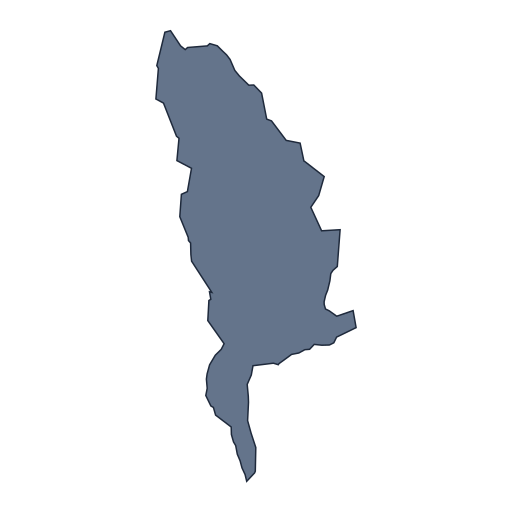 Ibesikpo Asutan, Akwa Ibom, Nigeria
{"feature_id": "59680162B22561739962750", "entity_name": "Ibesikpo Asutan", "entity_type": "district", "adm_level": 2, "iso_a3": "NGA", "parent_name": "Nigeria", "parent_adm1": "Akwa Ibom", "projection": "equal_earth", "projection_center": [7.957, 4.894], "detail": "fine", "context": "isolated", "style": "filled", "palette": "slate", "viewbox_px": 512, "rotation_deg": 0, "n_neighbors": 0, "source": "geoboundaries", "source_scale": "gbopen_adm2", "svg_char_len": 1373}
<svg xmlns="http://www.w3.org/2000/svg" viewBox="0 0 512 512"><path d="M278.3,364.7L278.9,363.7L291.6,354.4L298.8,353.0L304.8,349.7L309.6,349.3L314.2,344.4L321.8,345.2L329.4,345.0L333.8,342.8L336.6,337.1L356.1,327.6L353.1,310.6L336.7,316.2L329.2,310.8L325.5,309.0L324.2,304.5L324.1,301.8L325.6,295.3L327.7,290.0L329.9,280.8L330.8,273.6L333.0,270.3L337.3,266.5L340.1,229.7L321.6,230.8L310.8,207.3L318.7,195.6L324.2,176.6L304.5,161.3L303.9,161.0L300.1,143.1L288.9,140.9L286.2,140.4L271.5,120.9L266.7,119.1L261.6,93.1L253.8,85.0L248.8,85.2L239.3,75.9L234.8,70.4L230.1,59.5L226.6,54.9L222.5,51.0L217.3,45.8L209.8,43.6L207.3,45.9L187.6,47.5L185.2,49.6L180.6,45.9L170.5,30.7L164.9,32.2L156.8,65.6L158.4,68.4L155.9,99.0L163.5,103.1L176.5,136.2L179.0,138.3L176.9,160.6L191.5,168.3L187.4,191.6L181.4,194.3L179.8,216.7L188.2,237.3L188.5,240.6L190.6,243.0L190.9,254.7L191.6,261.2L211.8,292.4L209.5,291.8L210.8,299.3L208.9,300.5L207.8,320.6L224.1,343.7L221.2,349.4L215.3,355.2L209.6,364.8L207.1,373.9L206.4,379.1L207.2,388.3L205.8,395.5L210.9,406.0L213.4,407.4L215.6,415.1L231.2,427.0L231.4,434.5L233.5,441.9L235.7,445.6L237.3,454.2L240.1,460.8L242.0,467.9L245.1,474.6L246.7,481.3L254.6,472.9L255.3,471.2L255.8,447.5L251.1,433.2L247.6,420.6L248.5,402.3L248.3,396.3L247.2,384.4L251.3,375.0L253.0,365.7L273.4,363.2L278.3,364.7Z" fill="#64748b" stroke="#1e293b" stroke-width="1.5"/></svg>